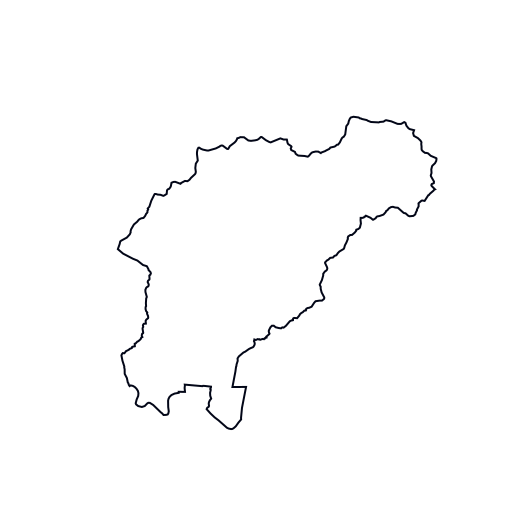 Atel, Sibiu, Romania (Robinson projection), rotated 208°
{"feature_id": "2599482B64113927200827", "entity_name": "Atel", "entity_type": "district", "adm_level": 2, "iso_a3": "ROU", "parent_name": "Romania", "parent_adm1": "Sibiu", "projection": "robinson", "projection_center": [24.475, 46.158], "detail": "fine", "context": "isolated", "style": "outline", "palette": "ink", "viewbox_px": 512, "rotation_deg": 208, "n_neighbors": 0, "source": "geoboundaries", "source_scale": "gbopen_adm2", "svg_char_len": 6113}
<svg xmlns="http://www.w3.org/2000/svg" viewBox="0 0 512 512"><g transform="rotate(208 256 256)"><path d="M175.5,441.3L179.9,440.2L181.5,440.4L184.4,441.7L186.6,443.8L188.0,443.8L189.8,440.9L191.0,440.1L193.1,439.1L199.8,438.4L204.8,437.0L205.4,436.5L206.5,434.5L209.7,432.4L210.3,431.6L217.4,428.3L220.8,427.9L222.1,428.0L226.8,426.7L228.1,426.7L228.7,426.3L230.4,426.5L235.3,424.7L237.3,422.8L237.6,421.4L237.4,418.7L236.7,416.2L237.2,413.0L234.3,405.2L234.5,402.5L235.2,401.4L235.5,400.1L235.3,395.6L235.8,392.9L236.8,392.2L237.6,390.1L238.2,389.3L241.2,386.7L241.6,384.9L243.7,382.0L244.1,381.2L247.0,377.9L247.1,377.3L250.1,377.4L252.4,376.2L254.4,374.5L255.3,373.4L255.9,371.4L256.2,369.6L256.9,368.0L260.1,367.1L265.6,364.6L266.5,364.5L269.0,364.9L270.5,366.2L274.6,366.1L275.8,367.2L275.9,369.1L276.5,369.5L280.1,369.9L281.3,370.7L283.4,373.3L286.3,371.8L289.7,371.3L296.4,363.2L297.8,362.9L301.7,362.9L306.6,363.7L307.2,363.6L307.6,363.3L308.6,360.5L309.4,359.2L311.1,357.7L314.5,355.3L317.0,354.4L322.3,355.2L325.6,353.6L326.8,352.0L327.8,351.2L327.6,349.9L327.7,348.0L328.2,346.1L330.7,340.7L330.8,337.6L331.0,337.3L331.9,337.0L337.1,337.8L338.0,337.6L339.2,336.5L339.5,335.6L342.0,332.1L347.5,326.8L348.9,326.1L352.9,325.0L354.8,324.8L357.1,325.0L357.7,324.5L357.7,322.6L356.9,320.1L356.0,318.3L352.2,312.9L352.5,309.3L350.9,305.2L348.6,302.0L348.2,300.4L348.3,299.6L350.1,294.4L350.5,292.1L351.6,289.9L354.0,288.9L356.4,285.3L356.3,285.2L356.6,284.3L362.0,283.6L363.6,282.7L365.0,281.0L364.0,277.8L363.9,276.7L364.2,274.6L365.2,273.4L365.4,272.2L364.0,268.9L365.4,266.4L366.1,265.6L369.1,265.2L371.6,264.1L373.3,263.8L374.4,263.3L374.6,262.8L374.4,255.7L373.3,249.4L373.9,247.1L373.0,246.4L373.1,245.0L372.4,243.7L372.5,242.6L372.8,241.8L372.7,239.3L373.2,236.8L375.0,235.4L376.2,233.7L376.6,232.6L377.0,230.5L378.6,226.5L378.8,221.0L378.4,219.0L377.8,218.1L377.6,215.9L378.7,211.6L382.2,206.3L382.7,205.1L382.0,202.5L381.2,197.2L374.4,195.7L363.3,195.8L358.6,196.3L351.5,195.0L347.9,195.7L347.5,195.7L344.7,193.8L344.2,193.1L341.7,192.3L340.7,191.4L340.5,189.8L340.9,189.2L341.0,188.6L339.2,185.7L339.1,185.1L339.7,183.5L339.6,182.7L339.4,182.1L337.4,180.6L336.9,179.4L336.9,178.6L337.8,177.2L338.0,176.4L337.8,174.2L336.7,172.3L333.2,168.6L333.0,166.9L331.1,162.7L329.5,160.1L329.5,159.1L328.6,157.3L327.2,155.8L325.5,155.1L325.4,154.4L324.8,153.6L323.2,152.4L322.3,151.1L322.1,150.4L323.0,148.3L323.0,146.9L321.5,144.6L323.2,143.5L323.4,142.5L323.3,141.7L322.3,140.5L322.3,139.3L322.0,138.5L319.5,135.2L319.5,134.7L320.0,134.0L319.7,132.5L319.3,131.8L318.3,131.1L319.0,130.0L318.8,128.8L319.1,127.6L319.9,125.5L320.6,124.7L321.2,122.4L321.9,121.6L320.6,119.4L322.4,117.9L322.7,117.3L322.4,116.6L322.6,116.2L324.0,114.6L324.2,113.6L326.2,110.8L326.3,109.3L326.7,108.2L328.0,107.8L328.3,106.7L328.2,105.1L324.8,100.9L320.4,96.6L320.0,95.7L318.8,94.3L316.6,90.3L312.7,87.6L309.8,84.1L308.9,83.7L307.8,82.5L306.5,81.8L305.9,82.9L305.2,83.1L303.7,83.5L301.5,83.4L299.2,82.7L296.9,81.4L295.4,79.7L294.3,77.1L294.0,73.3L293.1,69.5L292.2,68.7L289.6,68.2L285.9,69.1L283.8,71.3L282.8,74.8L282.2,75.8L280.8,76.5L276.8,76.2L266.8,73.3L265.0,73.0L263.0,72.2L260.8,73.5L259.6,74.6L259.5,75.8L260.1,77.9L262.6,81.4L265.7,87.0L266.2,88.9L266.2,91.0L265.4,93.5L263.3,96.3L260.0,98.9L260.5,99.8L254.9,102.7L257.1,106.0L258.0,108.3L258.5,109.0L242.2,115.9L241.8,116.5L240.0,117.3L234.4,119.5L234.0,118.6L234.0,117.1L233.1,116.6L232.3,113.6L230.8,111.1L228.6,109.0L229.0,107.1L228.9,104.8L228.4,103.4L227.1,101.6L227.0,100.6L227.8,99.1L227.7,97.6L222.2,95.6L216.8,94.1L211.9,93.3L201.0,90.7L199.1,90.8L196.7,91.5L195.6,92.3L194.9,93.5L193.9,96.1L193.3,100.7L192.4,104.7L193.2,106.0L197.1,115.4L203.3,135.7L215.3,129.3L219.9,144.2L221.6,148.8L221.6,149.4L222.3,151.3L222.9,154.8L224.2,156.9L224.0,159.3L221.8,164.9L220.6,166.5L218.6,170.5L217.5,172.1L215.9,174.0L215.6,174.9L215.6,176.9L215.9,177.9L216.9,179.2L217.8,179.8L218.2,181.4L217.6,181.3L217.3,181.7L216.7,181.8L215.4,183.5L214.2,183.7L213.9,184.1L213.0,184.0L211.2,185.9L209.9,186.3L209.8,187.2L209.4,187.4L209.5,187.8L209.0,188.4L209.0,188.7L208.7,188.8L208.9,189.2L208.5,189.3L208.8,190.2L207.6,193.3L207.7,193.9L208.5,194.4L209.5,195.7L209.7,196.6L209.8,199.8L209.2,201.9L207.6,202.8L205.2,202.3L202.0,203.1L199.9,203.9L199.3,205.3L198.0,205.7L196.8,208.4L195.5,214.3L194.0,216.3L193.4,216.4L193.2,216.7L193.8,217.9L193.8,218.5L193.3,219.2L190.5,220.4L189.8,223.9L189.9,225.1L189.3,226.8L188.3,228.4L187.7,230.4L186.4,231.3L186.4,231.7L186.9,232.3L186.7,233.3L185.9,234.4L184.8,235.2L183.1,237.3L182.7,241.9L182.2,244.0L179.0,246.4L176.8,247.6L175.8,250.0L175.9,250.7L176.3,251.5L180.9,254.6L183.4,257.3L184.6,259.4L185.7,260.0L186.3,260.7L186.5,265.7L187.5,270.3L188.3,271.9L187.9,274.7L187.2,275.9L186.9,277.0L187.0,277.8L187.3,278.7L188.2,279.6L191.7,282.2L192.0,282.8L191.2,285.6L190.4,286.7L189.6,289.2L187.3,290.8L186.8,292.9L185.4,294.4L185.1,297.0L184.5,299.1L181.9,303.4L181.9,304.5L182.5,307.1L182.5,310.3L182.9,314.3L183.5,315.0L183.8,316.5L182.6,318.8L181.1,319.7L179.8,323.1L179.4,325.3L179.7,325.8L179.8,326.3L178.3,327.9L177.6,329.8L178.6,333.9L180.5,336.7L181.5,338.8L179.8,339.7L178.8,340.8L178.7,341.7L178.1,342.1L178.0,343.1L177.7,343.2L172.8,343.5L169.8,342.9L169.5,343.1L168.1,345.5L167.9,347.2L167.5,347.9L165.7,349.3L162.9,352.4L162.1,355.5L162.2,356.9L161.5,358.0L161.0,360.5L159.7,362.6L158.2,363.7L156.0,364.1L153.4,365.2L146.4,363.5L145.5,363.4L144.0,363.9L140.4,363.0L139.0,363.2L135.9,365.3L134.9,367.5L135.3,369.3L135.3,371.9L135.7,372.5L135.7,376.1L136.6,377.9L137.1,378.4L137.2,379.0L135.9,382.4L135.4,383.0L133.0,383.8L132.4,390.6L131.9,391.1L131.7,392.6L130.0,396.9L129.7,398.5L129.3,398.9L133.8,400.3L134.5,400.9L134.6,402.0L133.2,403.8L133.8,405.3L138.9,408.5L139.5,409.2L140.0,411.7L141.9,414.8L142.6,417.5L142.7,418.4L141.5,422.0L141.5,424.5L142.2,426.5L142.7,427.0L148.8,426.5L152.3,427.4L153.7,427.1L155.2,426.4L157.9,426.8L159.4,427.4L160.0,428.1L161.3,430.5L162.7,432.5L163.2,433.9L163.8,434.5L165.2,435.2L168.4,436.1L173.0,436.2L175.0,438.3L175.5,441.3Z" fill="none" stroke="#020617" stroke-width="2"/></g></svg>